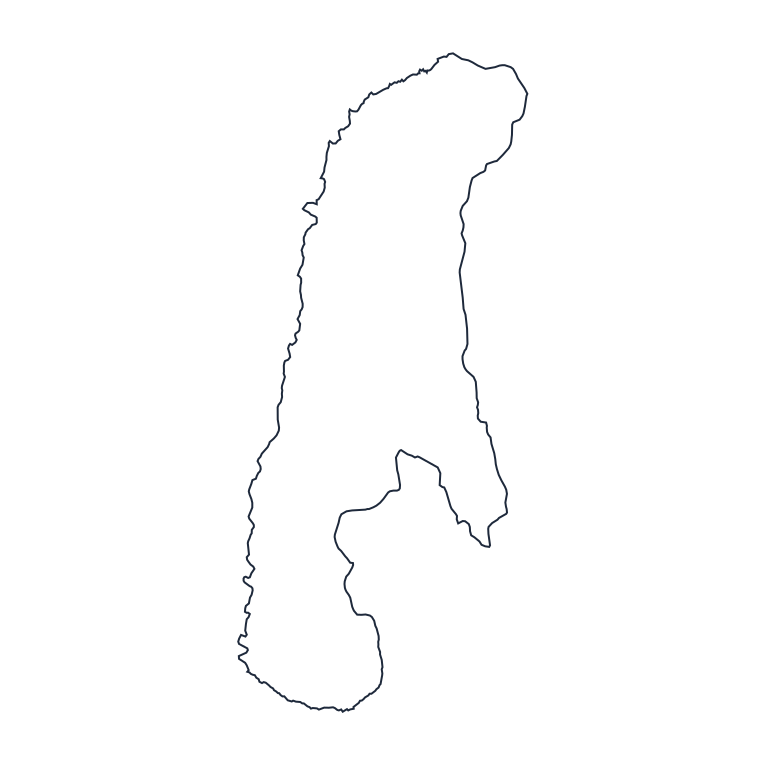 Tasso Fragoso, Maranhão, Brazil, rotated 174°
{"feature_id": "56859067B89844171127470", "entity_name": "Tasso Fragoso", "entity_type": "district", "adm_level": 2, "iso_a3": "BRA", "parent_name": "Brazil", "parent_adm1": "Maranhão", "projection": "equal_earth", "projection_center": [-45.856, -8.308], "detail": "fine", "context": "isolated", "style": "outline", "palette": "slate", "viewbox_px": 768, "rotation_deg": 174, "n_neighbors": 0, "source": "geoboundaries", "source_scale": "gbopen_adm2", "svg_char_len": 6113}
<svg xmlns="http://www.w3.org/2000/svg" viewBox="0 0 768 768"><g transform="rotate(174 384 384)"><path d="M368.4,673.5L369.6,670.8L373.4,668.9L374.5,667.1L375.0,665.4L376.3,665.0L377.8,663.8L380.8,659.4L382.3,658.0L383.9,658.0L386.6,658.6L388.0,659.3L389.3,660.6L390.2,658.6L390.0,655.8L390.8,653.3L390.5,649.2L390.6,646.5L392.7,644.1L395.7,642.7L397.3,641.4L400.3,641.7L402.6,640.1L402.4,636.3L401.7,632.0L404.5,630.7L406.9,628.3L409.7,628.5L412.5,631.3L413.8,629.6L413.9,626.3L416.7,619.8L417.5,615.9L417.8,612.8L420.5,605.6L421.4,601.4L425.4,595.3L423.4,594.8L422.2,594.0L421.4,591.1L422.2,589.3L422.4,585.5L423.9,581.7L429.7,574.6L431.8,573.9L432.1,569.8L435.7,571.6L441.3,572.0L446.4,566.7L445.1,565.2L440.8,562.5L439.1,560.1L434.8,557.7L433.6,556.4L434.0,551.5L435.2,550.2L438.8,549.7L441.6,546.7L443.3,545.9L446.1,542.8L446.6,541.1L448.4,538.3L448.8,535.3L448.5,531.5L449.9,529.8L452.0,525.6L451.5,523.4L451.5,520.6L450.6,518.2L452.6,511.1L455.3,507.6L458.4,501.1L456.5,499.5L455.4,497.5L455.8,493.4L456.6,491.3L457.7,484.9L457.3,481.3L457.4,478.4L456.5,472.3L456.9,469.0L458.1,466.8L459.7,465.2L460.6,461.4L463.2,457.6L461.1,452.6L462.6,446.2L463.8,445.0L466.7,443.4L467.4,441.8L467.0,439.1L466.2,437.0L467.8,434.6L471.3,432.5L473.2,433.7L474.5,432.2L475.7,429.3L474.7,424.0L474.5,420.6L476.9,418.1L479.9,417.3L480.8,415.9L481.7,412.8L482.2,406.8L482.7,404.8L481.8,401.4L485.6,392.9L486.1,390.6L485.8,388.3L486.6,385.0L486.7,381.7L488.6,376.7L491.0,374.4L492.2,372.0L493.4,359.7L492.9,351.6L493.5,348.6L496.2,344.2L499.3,341.3L503.8,338.1L504.5,336.3L506.3,333.4L512.8,327.5L514.5,324.5L516.7,322.6L517.8,320.5L515.5,314.9L515.5,312.3L516.5,310.0L518.3,308.7L520.1,305.9L521.3,303.2L524.9,302.2L526.4,298.5L529.0,293.4L529.7,291.4L529.3,288.5L527.9,283.4L527.4,279.6L527.9,274.9L532.5,266.4L532.1,264.2L528.9,259.1L528.2,257.4L528.4,255.3L530.7,252.8L531.2,249.3L532.4,247.9L533.9,244.5L535.5,241.8L536.1,240.0L536.1,228.4L538.6,226.1L538.5,223.6L537.4,221.5L535.6,218.4L533.1,216.1L532.2,213.7L535.7,209.6L537.6,205.8L539.4,205.3L541.6,206.8L543.1,206.5L544.0,205.2L544.2,203.0L543.4,201.3L538.7,197.0L537.3,196.3L536.2,194.6L536.2,192.5L537.7,188.2L539.6,185.6L541.3,179.9L544.5,177.8L545.4,175.6L546.1,172.0L544.5,170.8L543.1,170.8L541.5,169.3L543.1,166.2L545.1,164.4L546.4,159.7L547.8,153.2L546.7,149.0L548.2,147.3L552.4,149.4L554.7,145.9L555.9,143.0L555.3,140.6L547.6,135.4L547.2,133.6L549.0,131.2L556.8,128.6L556.9,125.8L551.2,121.2L549.9,118.5L548.5,113.6L550.0,112.1L547.9,111.2L546.8,109.7L545.0,108.6L542.9,107.9L541.7,105.3L539.5,103.5L539.0,100.9L536.6,99.3L534.8,100.1L532.8,99.3L529.8,96.2L528.6,94.6L526.1,92.8L525.4,91.0L523.4,89.5L521.8,87.7L520.5,87.4L519.4,85.5L517.6,83.9L515.8,83.8L512.8,79.5L508.9,77.9L507.5,78.6L504.8,77.3L500.5,76.5L498.7,74.9L497.1,74.7L493.8,71.4L491.8,70.4L490.6,68.8L488.7,69.2L484.6,68.4L482.8,67.0L477.3,68.4L472.6,67.8L468.5,67.8L466.8,66.9L464.5,64.7L463.0,64.1L460.6,64.8L459.3,62.4L454.8,64.5L453.7,63.1L451.6,63.9L448.1,64.2L448.1,66.0L442.4,69.5L441.0,71.5L439.2,71.5L437.3,72.7L435.6,74.3L432.1,75.9L430.7,77.5L428.8,77.3L424.7,79.8L423.5,81.2L421.1,82.7L419.9,85.0L418.8,85.9L416.3,94.4L415.9,96.3L416.1,100.5L415.1,102.5L415.1,109.8L416.2,115.4L415.9,117.9L417.2,123.1L416.8,125.6L416.7,128.2L415.9,130.4L415.7,134.0L416.9,141.7L417.9,144.4L418.5,149.5L420.4,153.5L422.2,155.2L426.4,156.7L430.5,156.8L434.8,157.4L437.6,161.6L438.2,163.3L438.9,165.8L439.9,175.0L441.0,177.8L443.1,181.5L443.8,183.5L444.2,185.4L444.2,189.2L443.7,191.8L441.7,196.4L438.9,198.9L434.7,204.9L433.6,207.3L433.6,209.2L436.3,209.8L439.0,214.6L440.6,216.7L444.1,222.5L446.4,225.1L447.2,227.2L448.6,232.2L449.1,237.0L448.6,239.4L443.7,250.6L442.0,255.7L440.0,258.9L434.6,261.3L429.0,261.6L415.7,261.0L413.4,261.4L412.0,261.2L407.5,262.5L404.3,263.8L400.3,266.3L396.6,269.7L391.2,275.7L389.3,276.7L385.8,277.0L382.3,276.6L380.3,277.2L379.2,278.5L378.6,281.9L379.2,292.6L379.9,296.8L379.8,309.6L376.5,314.6L375.3,316.0L373.9,316.5L367.9,311.6L363.8,309.8L360.9,307.7L358.1,308.4L356.3,307.4L339.3,295.4L337.3,289.4L339.2,277.6L336.7,275.4L334.9,274.8L333.3,270.0L330.7,255.6L329.9,252.9L326.1,247.1L325.2,245.2L325.8,241.8L324.8,237.6L320.0,239.5L317.6,239.0L314.3,235.8L313.6,232.8L313.8,228.5L313.1,224.4L310.1,222.1L305.5,217.4L303.8,213.9L300.3,212.0L296.4,211.0L295.4,212.5L295.8,224.0L295.5,229.1L294.9,231.0L291.0,234.4L285.3,237.2L283.6,238.8L276.0,242.1L275.1,243.3L275.1,246.8L275.5,249.2L275.7,253.4L273.2,261.9L273.5,266.1L274.5,269.3L277.3,275.8L279.4,281.7L280.6,287.7L281.2,292.5L281.2,297.7L281.6,303.7L283.4,313.2L283.6,319.7L285.7,322.9L286.5,325.6L286.4,329.9L286.0,331.6L286.5,335.0L291.8,336.4L294.2,339.8L294.1,342.7L293.3,345.2L293.2,348.5L293.9,351.1L292.9,353.3L292.3,355.9L293.3,360.2L292.8,365.8L292.5,376.6L294.2,381.7L300.1,388.1L301.3,390.0L302.3,392.2L303.1,396.0L303.3,400.5L303.0,403.5L300.3,408.8L298.7,410.3L296.8,415.1L295.6,430.3L295.7,444.3L297.0,450.3L296.7,461.7L297.1,487.0L296.6,490.0L290.1,507.1L288.4,515.5L290.8,523.7L291.1,525.7L289.7,528.3L288.6,531.5L288.1,534.7L290.1,543.7L290.1,546.0L289.6,548.2L287.1,552.9L282.4,557.1L280.6,560.5L278.0,570.9L275.6,577.3L274.4,579.6L266.2,583.7L262.9,584.6L261.1,585.8L259.6,590.7L258.6,592.0L250.9,593.8L248.5,594.0L241.9,599.4L235.2,605.6L233.0,609.1L232.1,611.9L230.7,618.4L229.4,628.6L228.1,630.8L221.5,632.7L218.5,635.9L217.0,638.4L214.9,645.0L212.2,655.5L211.1,657.6L213.5,663.7L218.9,673.8L220.3,678.5L222.7,683.9L224.9,685.9L230.5,688.4L232.9,688.7L235.8,688.6L240.4,687.5L250.1,686.8L257.4,690.9L262.3,694.6L266.3,697.1L272.6,699.1L280.8,705.6L285.1,705.3L287.6,702.8L290.2,703.4L296.7,701.7L296.5,698.9L300.4,696.1L304.1,692.2L305.3,691.4L306.7,691.0L308.1,691.3L308.9,689.2L310.0,691.1L311.3,690.7L312.2,692.9L313.7,691.6L315.3,692.9L316.3,691.3L316.2,689.3L317.5,689.4L319.0,688.2L322.8,688.8L325.5,687.9L329.3,685.9L331.3,684.0L333.1,683.0L334.4,684.8L336.3,682.9L338.0,683.6L339.8,682.2L342.0,682.9L345.6,680.8L346.8,681.8L347.7,679.8L349.0,677.8L350.6,677.8L354.0,676.7L361.5,673.3L364.4,673.1L366.1,675.2L368.4,673.5Z" fill="none" stroke="#1e293b" stroke-width="2"/></g></svg>